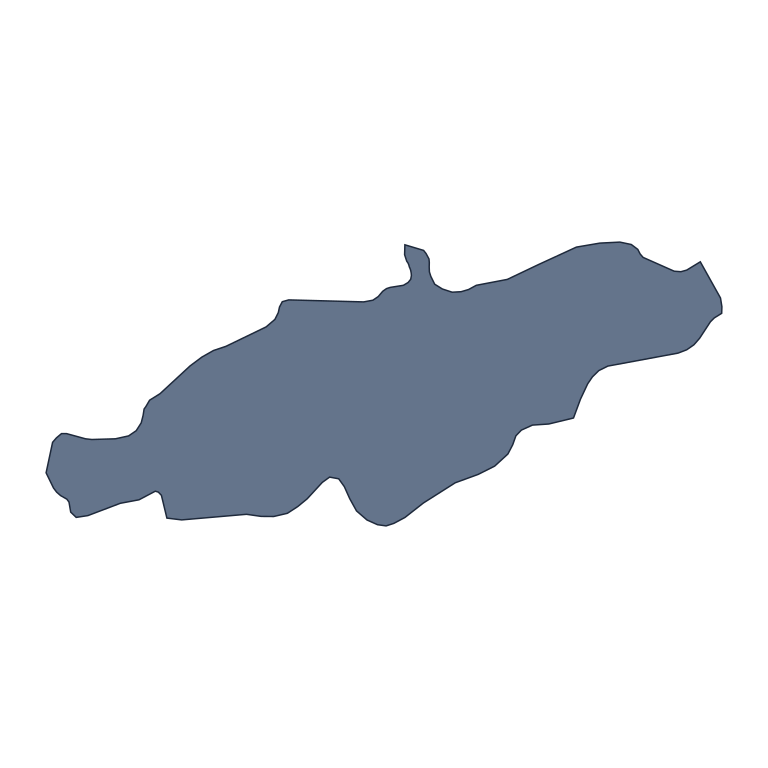 outline of Blida
{"feature_id": "DZA-2209", "entity_name": "Blida", "entity_type": "Province", "adm_level": 1, "iso_a3": "DZA", "parent_name": "Algeria", "parent_adm1": "", "projection": "robinson", "projection_center": [2.981, 36.533], "detail": "fine", "context": "isolated", "style": "filled", "palette": "slate", "viewbox_px": 768, "rotation_deg": 0, "n_neighbors": 0, "source": "natural_earth", "source_scale": "10m", "svg_char_len": 1665}
<svg xmlns="http://www.w3.org/2000/svg" viewBox="0 0 768 768"><path d="M700.3,261.8L720.5,298.0L721.9,306.7L721.7,313.3L714.3,317.9L710.4,321.8L699.6,338.3L693.9,344.8L686.7,349.8L678.1,353.1L607.8,366.1L598.8,370.6L592.4,376.9L587.7,383.8L580.5,399.1L573.5,418.0L548.8,424.0L532.4,425.1L521.4,430.1L515.9,435.8L512.7,444.8L507.9,454.0L494.7,466.1L478.2,474.4L455.2,482.8L423.4,503.0L404.9,517.5L393.8,523.4L386.1,525.9L377.5,524.7L367.0,520.0L356.5,510.9L349.7,498.6L344.3,486.6L338.7,478.8L329.6,477.1L322.3,482.4L307.2,498.8L297.7,506.6L287.4,513.3L273.7,516.5L261.2,516.4L246.5,514.3L181.7,519.9L166.9,518.1L161.4,495.3L158.3,492.1L155.3,491.2L139.0,499.8L120.3,503.3L87.9,515.6L76.2,517.4L70.7,512.1L69.0,502.1L66.9,499.2L60.6,495.6L56.7,492.2L53.5,488.0L46.1,472.8L52.6,442.3L56.4,437.9L61.5,433.6L66.5,433.6L85.5,438.8L91.8,439.5L115.4,438.8L128.6,435.9L136.2,430.7L141.2,422.9L143.1,415.4L144.1,409.0L145.8,406.7L149.6,400.2L160.0,393.7L190.2,365.8L202.0,357.0L213.5,350.5L226.0,346.3L266.1,326.9L274.9,319.4L278.3,312.6L279.5,307.0L282.3,301.7L288.7,299.9L363.7,301.9L372.9,300.2L378.2,296.6L382.7,291.3L386.5,288.6L390.2,287.4L403.4,285.3L408.1,282.5L410.7,279.3L411.4,275.6L411.2,273.1L410.7,270.4L410.1,268.6L409.4,267.1L408.8,264.9L408.1,263.2L406.7,261.1L404.6,254.7L404.9,244.8L423.6,250.4L426.1,253.6L429.0,259.0L429.3,262.5L429.2,267.0L429.4,271.9L430.8,276.3L434.7,284.2L442.4,289.0L452.2,292.2L461.1,291.7L468.6,289.5L476.3,285.3L507.3,279.4L538.6,264.5L576.4,247.1L599.9,243.1L619.9,242.1L631.3,244.5L637.8,249.4L640.1,253.9L643.1,257.4L674.2,271.2L680.9,271.7L686.7,270.1L700.3,261.8Z" fill="#64748b" stroke="#1e293b" stroke-width="1.5"/></svg>